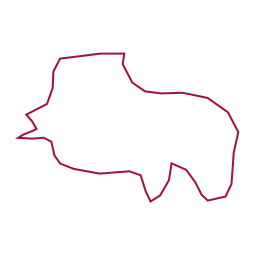 the border of Príncipe, rotated 88°
{"feature_id": "STP-4862", "entity_name": "Príncipe", "entity_type": "state/province", "adm_level": 1, "iso_a3": "STP", "parent_name": "São Tomé and Principe", "parent_adm1": "", "projection": "natural_earth1", "projection_center": [7.405, 1.615], "detail": "fine", "context": "isolated", "style": "outline", "palette": "rose", "viewbox_px": 256, "rotation_deg": 88, "n_neighbors": 0, "source": "natural_earth", "source_scale": "10m", "svg_char_len": 643}
<svg xmlns="http://www.w3.org/2000/svg" viewBox="0 0 256 256"><g transform="rotate(88 128 128)"><path d="M203.3,50.9L197.2,56.8L184.5,62.7L171.8,71.3L164.9,85.7L181.6,88.9L196.5,98.2L202.2,108.0L191.9,112.5L175.6,117.0L171.3,128.3L172.6,157.9L166.9,183.8L161.3,196.9L153.0,202.4L139.0,205.1L134.8,212.6L135.3,223.9L134.0,238.1L131.1,233.1L127.6,223.5L125.8,219.5L118.2,223.4L111.1,229.2L101.1,208.1L85.5,201.9L69.0,200.6L56.3,193.5L52.7,153.1L53.5,129.1L64.0,131.1L82.8,122.1L91.9,109.9L94.6,93.6L94.7,72.3L100.7,47.4L115.8,27.6L135.9,17.9L156.4,23.2L187.5,26.5L199.9,32.9L203.3,50.9Z" fill="none" stroke="#9f1239" stroke-width="2"/></g></svg>